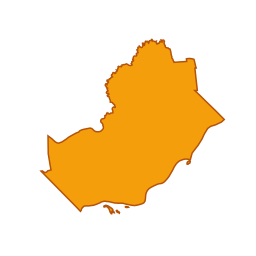 the district of San Cosme, Corrientes, Argentina, rotated 165°
{"feature_id": "61730980B19808130857277", "entity_name": "San Cosme", "entity_type": "district", "adm_level": 2, "iso_a3": "ARG", "parent_name": "Argentina", "parent_adm1": "Corrientes", "projection": "equal_earth", "projection_center": [-58.507, -27.393], "detail": "fine", "context": "isolated", "style": "filled", "palette": "amber", "viewbox_px": 256, "rotation_deg": 165, "n_neighbors": 0, "source": "geoboundaries", "source_scale": "gbopen_adm2", "svg_char_len": 5782}
<svg xmlns="http://www.w3.org/2000/svg" viewBox="0 0 256 256"><g transform="rotate(165 128 128)"><path d="M207.3,141.1L209.5,132.5L211.7,123.8L212.9,111.7L213.2,107.4L216.6,107.4L218.0,106.5L219.9,106.4L221.8,108.7L223.2,108.9L198.1,64.6L195.5,59.8L194.5,60.6L194.0,61.6L192.8,62.8L191.7,63.3L191.6,63.5L190.6,63.9L189.3,63.7L188.2,63.5L186.6,63.0L185.1,62.8L181.2,62.3L179.4,62.4L177.4,62.6L176.2,62.8L174.3,63.0L173.1,63.4L171.7,63.5L170.5,63.4L169.9,63.4L168.6,63.0L167.9,62.6L167.2,62.4L165.1,61.6L163.1,60.5L159.8,58.8L158.1,58.4L157.2,57.9L155.4,57.5L152.6,56.7L151.3,56.0L149.7,55.0L144.4,52.4L141.8,51.4L138.8,51.1L136.5,51.1L133.8,51.2L132.1,51.6L131.2,52.4L130.4,53.1L129.6,54.9L128.0,59.3L126.8,61.1L125.5,62.6L123.3,64.0L121.3,64.7L117.7,65.5L116.4,65.7L114.6,66.0L112.5,66.1L111.7,66.0L110.4,65.8L108.9,65.9L107.3,66.4L105.8,67.2L103.3,68.8L101.2,70.4L95.9,75.6L93.4,78.5L90.4,81.1L88.2,82.3L87.0,82.8L85.4,83.1L82.8,83.3L80.9,83.2L79.7,82.9L77.9,82.2L76.6,81.5L75.9,81.4L72.6,87.1L70.5,88.8L64.6,93.3L59.3,98.3L55.9,102.4L51.2,106.9L47.8,108.2L42.5,108.4L36.1,109.6L32.8,111.3L39.2,122.5L45.8,133.5L50.3,141.2L53.8,146.9L51.3,146.3L50.5,151.7L49.5,158.3L47.9,168.5L46.6,168.3L46.7,170.2L46.5,175.0L46.5,177.3L48.1,178.2L49.8,179.0L51.8,179.5L53.7,179.7L54.1,177.1L65.3,179.3L66.5,179.5L66.4,180.1L66.8,180.8L66.9,181.7L66.9,182.6L67.0,183.1L67.3,183.7L67.5,184.8L67.2,185.5L67.3,186.5L67.2,188.5L67.0,190.1L66.9,191.3L67.0,193.4L68.2,194.2L68.5,194.9L69.5,195.3L70.2,195.7L70.7,196.2L71.0,196.9L70.8,197.6L70.8,198.3L71.2,198.9L71.1,199.7L71.2,200.5L70.9,201.4L70.4,202.1L70.4,202.3L70.8,202.7L70.6,203.3L71.3,203.9L72.1,203.8L72.6,204.0L73.2,204.4L73.2,203.5L72.6,203.2L72.8,202.3L73.6,202.7L74.3,203.4L74.9,203.4L75.2,202.5L75.9,202.0L76.5,201.8L77.0,202.2L77.5,201.8L78.2,201.6L78.6,202.6L78.7,203.6L78.2,204.5L79.0,204.4L79.9,204.6L80.6,205.3L81.2,205.4L82.1,205.7L81.7,206.8L82.3,208.0L82.3,207.1L82.8,206.5L83.5,206.7L84.4,206.7L85.0,206.4L85.4,205.7L85.7,204.9L86.2,204.6L86.5,205.7L86.6,206.6L87.3,206.6L87.9,207.0L88.4,207.2L88.6,206.5L89.1,206.7L90.4,204.3L91.0,204.6L90.9,205.3L91.3,206.0L92.0,206.2L92.3,205.1L91.9,204.2L91.4,203.6L92.5,203.6L92.9,202.9L93.6,202.2L94.4,202.3L94.9,202.7L95.3,203.2L95.9,204.2L96.3,203.5L97.6,203.3L97.6,202.4L98.1,201.9L98.6,201.4L99.1,201.3L99.1,200.5L98.6,200.2L99.0,199.6L98.9,198.8L98.8,198.1L100.0,198.0L100.6,197.8L100.9,197.1L100.6,196.5L100.9,195.7L101.6,195.4L101.8,195.5L103.2,195.9L104.0,195.6L104.7,194.7L105.0,193.6L105.7,193.3L105.7,192.5L105.1,192.0L105.6,191.4L107.2,191.0L107.3,190.0L108.2,189.5L108.0,188.8L107.7,188.1L108.1,187.6L108.7,187.7L109.6,187.7L110.6,188.2L111.3,188.7L111.8,189.5L113.1,190.4L113.9,190.2L114.6,190.2L115.1,190.1L115.8,190.4L116.4,190.4L117.0,190.3L117.6,190.4L118.0,189.4L118.8,188.9L119.3,189.6L120.0,189.4L120.8,189.5L121.2,190.0L121.8,189.7L121.9,188.5L122.6,188.0L122.9,187.2L123.3,186.5L124.1,186.9L123.9,185.9L124.3,185.4L125.0,185.3L125.8,185.0L125.9,184.1L126.6,184.1L127.0,184.6L127.4,185.2L128.1,185.4L128.6,184.9L129.2,183.9L130.0,183.7L130.4,183.0L130.1,182.2L129.8,181.4L130.5,181.3L131.1,181.3L131.7,180.8L132.2,180.3L132.9,180.3L133.6,180.1L134.0,179.5L134.6,179.4L135.2,179.6L135.7,179.7L136.1,179.2L136.1,178.5L135.6,177.9L135.1,177.8L135.1,177.2L135.9,176.6L136.5,176.2L136.9,175.5L137.3,176.4L137.8,176.5L138.3,176.1L138.9,175.4L138.8,174.5L138.3,174.1L138.3,173.2L138.2,172.3L137.4,172.0L137.5,171.4L138.0,171.2L138.1,170.4L137.7,169.4L138.0,168.7L138.7,168.8L139.2,168.5L139.8,167.6L139.4,166.8L137.7,166.3L137.8,165.6L139.6,164.7L139.5,163.8L138.3,163.3L138.3,161.9L138.2,160.9L138.0,159.7L138.1,158.7L138.4,157.6L137.6,157.3L136.8,156.8L136.3,156.3L136.2,155.6L135.7,154.8L135.0,154.1L135.1,153.2L134.8,152.3L135.0,151.3L135.7,151.3L136.5,152.0L137.0,151.8L138.0,151.2L138.4,150.4L138.3,149.7L138.3,148.5L138.4,147.1L138.9,146.5L139.6,146.7L140.2,146.7L140.8,146.9L142.1,146.3L142.6,146.5L143.2,147.0L143.5,147.8L144.0,147.4L144.8,147.8L145.2,146.8L145.8,146.2L146.5,146.1L147.3,145.8L147.3,144.9L147.6,144.0L148.2,143.6L148.8,143.4L150.6,143.5L151.5,143.3L152.2,142.5L152.6,141.7L152.6,140.6L152.0,139.6L151.6,139.1L151.4,138.1L151.6,136.9L151.5,135.3L152.0,133.9L152.5,133.5L153.7,132.7L154.6,132.2L155.6,131.9L156.8,131.9L158.7,132.3L160.4,133.1L161.2,133.9L162.9,136.6L164.0,137.5L165.3,137.8L169.9,138.1L171.3,138.2L173.8,138.1L175.5,137.7L176.5,136.9L179.8,136.5L185.8,135.0L188.2,134.3L190.1,133.4L195.1,131.7L196.6,131.5L198.8,131.3L200.5,132.1L202.0,133.6L204.4,137.4L207.3,141.1ZM166.9,50.9L166.6,50.2L166.3,49.5L166.1,49.4L165.9,49.4L165.8,49.8L165.8,50.2L165.8,50.8L166.0,51.1L165.9,51.2L165.4,50.9L164.9,50.6L164.8,50.8L164.8,51.1L164.7,51.4L164.3,50.8L163.9,50.3L163.4,49.8L163.2,49.7L163.2,50.1L163.4,50.8L163.8,51.4L164.0,52.2L163.8,53.2L164.4,54.4L165.1,55.3L165.3,55.4L166.5,57.0L167.0,57.1L167.2,57.5L167.5,57.5L167.7,57.4L168.0,57.2L168.3,56.9L168.1,56.5L167.7,55.8L167.4,54.9L167.2,54.2L167.0,51.6L166.9,50.9ZM78.0,80.3L79.4,79.8L80.0,78.9L80.2,78.4L80.3,77.8L80.0,77.6L79.3,77.5L78.4,78.0L77.5,78.0L76.5,79.4L76.6,80.2L77.2,80.3L78.0,80.3ZM168.2,57.7L167.7,57.7L167.6,58.0L167.8,58.2L168.4,58.2L168.7,58.4L169.7,58.6L169.6,58.8L169.3,58.8L169.1,58.9L169.1,59.0L169.3,59.1L169.6,59.1L169.8,59.0L170.4,59.0L171.3,58.9L171.6,58.5L171.7,58.1L171.5,57.9L171.3,57.8L170.0,57.9L169.6,57.7L168.4,57.8L168.2,57.7ZM160.1,49.3L159.1,48.7L158.5,48.0L158.4,48.2L158.5,48.6L159.4,49.3L159.2,49.3L158.8,49.2L158.5,49.1L158.3,48.9L158.2,48.9L158.3,49.2L159.1,49.8L159.3,50.3L159.6,50.8L159.9,51.3L160.3,51.3L160.6,51.3L160.7,51.0L160.5,50.0L160.1,49.3ZM150.8,52.6L151.0,52.5L151.0,52.3L150.6,51.9L149.7,51.5L148.4,51.3L148.0,51.3L148.4,51.9L149.1,52.1L149.9,52.6L150.7,52.7L150.8,52.6Z" fill="#f59e0b" stroke="#b45309" stroke-width="1.5"/></g></svg>